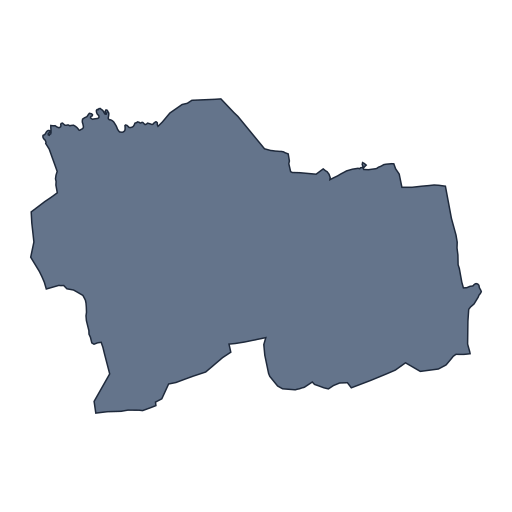 Jahun, Jigawa, Nigeria (Natural Earth projection)
{"feature_id": "59680162B13393519160177", "entity_name": "Jahun", "entity_type": "district", "adm_level": 2, "iso_a3": "NGA", "parent_name": "Nigeria", "parent_adm1": "Jigawa", "projection": "natural_earth1", "projection_center": [9.509, 12.058], "detail": "fine", "context": "isolated", "style": "filled", "palette": "slate", "viewbox_px": 512, "rotation_deg": 0, "n_neighbors": 0, "source": "geoboundaries", "source_scale": "gbopen_adm2", "svg_char_len": 4589}
<svg xmlns="http://www.w3.org/2000/svg" viewBox="0 0 512 512"><path d="M30.7,257.2L39.4,271.5L41.9,276.6L44.3,282.2L46.3,289.0L58.8,285.4L60.8,285.6L63.7,285.5L66.9,288.8L73.5,290.0L77.6,292.3L82.9,295.4L84.5,298.4L85.4,300.2L86.0,303.1L86.3,306.9L86.5,312.3L86.0,315.8L86.4,320.6L88.0,327.1L88.9,330.7L89.0,334.2L90.4,337.2L91.8,342.9L94.0,344.2L97.6,342.8L101.2,342.3L102.0,344.7L102.9,347.3L104.5,353.9L109.7,373.9L94.1,401.4L95.8,413.1L107.3,411.7L121.1,411.3L127.9,410.1L139.2,410.2L142.6,410.6L151.1,407.5L155.9,405.6L155.5,402.1L161.8,398.8L168.6,384.0L176.0,382.5L183.2,379.8L184.8,379.2L192.7,376.3L205.7,372.0L222.6,357.6L230.8,352.2L229.0,344.1L235.3,343.5L244.6,342.0L265.8,337.6L263.8,344.6L264.8,355.2L268.6,373.5L269.8,376.4L277.6,386.0L282.6,388.8L295.3,389.8L297.3,389.2L299.0,388.9L300.0,388.6L301.3,388.1L302.6,387.7L303.7,387.5L304.6,387.1L305.5,386.5L312.3,382.0L314.5,384.4L318.5,385.8L323.9,387.8L328.4,388.9L333.5,385.5L339.6,383.0L347.4,382.7L351.3,387.8L370.2,380.6L386.7,373.8L395.3,370.1L405.5,362.8L420.3,371.4L438.4,369.0L446.1,364.9L451.4,358.6L453.2,356.3L456.0,354.3L460.5,354.4L463.7,354.4L467.8,354.0L470.1,353.7L469.7,351.6L467.6,344.1L467.9,321.2L468.7,309.5L469.1,308.8L470.5,307.0L471.8,305.9L474.0,304.0L475.6,301.4L478.1,297.3L479.0,295.1L480.3,293.6L481.3,291.7L480.8,290.3L479.4,287.8L478.9,285.3L477.7,284.0L476.2,283.6L475.3,283.8L474.0,284.7L473.1,285.8L472.1,286.1L470.1,286.3L468.4,287.0L466.8,287.7L463.4,287.9L461.8,282.2L459.3,268.4L458.1,264.8L457.9,255.0L457.0,248.0L457.2,242.2L456.0,235.1L451.4,218.3L445.4,186.2L438.9,185.3L434.1,185.0L428.6,185.6L421.7,186.2L412.0,187.3L401.9,187.3L399.2,174.1L395.6,168.8L393.8,163.8L391.6,163.7L386.2,164.2L383.8,164.6L382.6,165.3L381.4,166.0L380.1,166.6L378.9,167.0L377.7,167.7L377.0,168.3L375.8,168.7L368.5,169.7L363.8,169.5L363.2,168.3L364.0,167.4L364.4,166.9L366.2,165.1L364.3,163.5L362.6,162.6L362.2,164.5L362.9,166.2L362.8,167.4L361.5,167.6L360.7,167.7L360.1,168.2L359.7,168.7L358.0,168.3L352.4,169.2L346.5,170.9L344.2,172.2L340.9,173.9L337.6,175.9L333.6,177.8L329.9,179.7L330.2,177.6L329.0,174.2L327.1,171.7L325.4,170.7L323.2,168.9L316.1,174.2L299.7,172.7L292.2,172.5L290.6,171.6L290.5,171.1L288.8,163.7L289.4,161.0L288.2,153.9L284.7,152.6L283.7,151.9L281.2,151.4L279.7,151.4L277.4,151.2L275.5,151.1L272.1,150.6L270.7,150.5L264.5,148.8L237.9,116.4L234.0,112.7L220.9,98.9L215.1,99.3L191.9,100.3L187.3,103.3L182.1,104.5L169.9,113.0L162.3,122.1L158.0,126.3L157.3,124.8L157.3,122.8L156.4,121.9L155.4,121.9L154.7,122.6L153.7,123.2L153.0,124.2L152.0,124.5L151.4,124.3L150.3,123.9L148.6,123.4L147.6,123.1L147.3,123.3L146.7,124.0L145.1,124.6L144.1,123.8L143.0,122.6L142.1,122.3L140.7,123.0L140.2,123.0L138.9,122.2L137.4,121.9L136.6,122.7L135.9,122.8L134.9,123.2L134.3,124.8L133.4,126.3L132.3,127.1L130.4,127.6L129.0,127.4L128.2,126.5L126.8,125.3L125.5,125.0L124.9,125.7L125.1,126.8L125.1,127.8L125.1,129.3L124.7,130.7L123.9,131.5L122.7,132.2L121.3,132.2L119.5,131.9L118.5,130.7L117.5,129.2L116.8,127.3L116.0,125.6L114.7,123.5L113.6,121.8L112.1,120.6L110.6,119.8L109.4,119.8L108.3,118.7L108.3,117.4L108.6,116.1L108.8,114.5L108.8,113.2L108.3,112.1L107.7,112.0L107.7,111.1L107.1,110.2L106.0,109.9L105.5,110.6L105.2,111.6L105.8,112.5L106.4,113.5L106.2,114.2L105.2,114.2L104.7,113.6L103.9,112.5L103.6,111.6L102.5,110.2L101.0,109.2L100.4,108.5L99.0,108.6L98.5,109.2L98.0,109.8L97.4,109.4L96.9,109.7L96.4,110.4L96.4,111.4L96.6,112.5L97.0,113.5L97.6,114.6L98.6,115.3L98.9,116.3L99.0,117.2L98.5,118.0L97.4,118.5L96.3,118.6L95.0,118.8L93.9,118.9L92.6,119.3L91.6,118.7L90.5,117.9L90.7,116.8L91.2,116.3L92.3,115.8L92.5,114.7L91.6,113.8L90.3,113.5L89.4,113.3L88.6,114.2L86.9,116.7L84.5,117.8L82.6,119.1L82.3,120.7L82.3,122.1L82.9,124.0L83.4,126.4L83.4,127.3L83.1,128.0L82.2,128.9L80.8,129.6L79.7,130.3L79.2,130.2L78.8,129.9L78.2,129.0L77.0,127.6L75.4,126.3L73.5,125.2L70.8,125.5L69.9,125.8L68.1,124.9L66.2,125.3L64.9,125.2L63.7,124.2L62.5,123.1L61.3,123.4L60.7,124.2L60.9,125.7L60.7,126.7L59.8,127.4L58.9,127.7L57.4,127.2L56.1,126.4L55.1,125.7L53.6,125.8L52.4,125.7L50.8,125.5L50.8,127.4L51.0,130.3L51.0,131.3L51.0,132.8L50.6,134.0L49.7,134.3L49.3,135.3L48.3,134.9L48.2,133.8L48.9,133.0L49.7,132.3L50.1,131.7L49.9,130.8L49.2,130.5L48.2,130.5L47.4,130.9L46.6,131.6L45.9,132.8L45.3,133.7L44.7,134.7L43.7,135.0L43.0,135.4L42.9,136.5L43.1,137.7L43.6,138.5L44.3,139.5L45.1,140.1L45.4,140.7L46.0,142.3L45.7,143.5L49.2,149.1L57.2,171.4L56.0,175.2L55.5,178.8L56.1,181.5L55.9,185.1L57.3,192.8L51.0,197.4L44.9,201.5L31.2,211.9L31.8,222.9L33.9,242.0L30.7,257.2Z" fill="#64748b" stroke="#1e293b" stroke-width="1.5"/></svg>